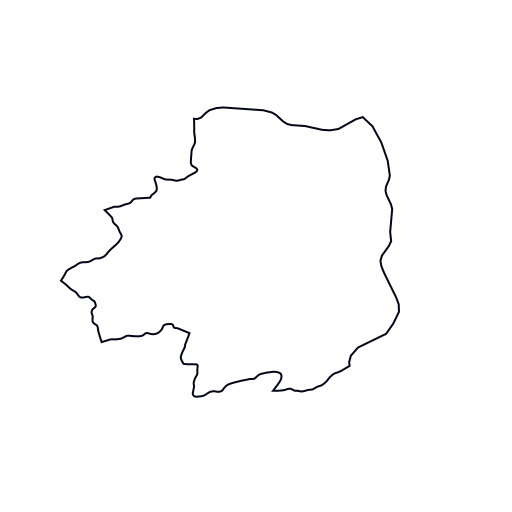 the border of Pirotski, rotated 319°
{"feature_id": "SRB-121", "entity_name": "Pirotski", "entity_type": "District", "adm_level": 1, "iso_a3": "SRB", "parent_name": "Republic of Serbia", "parent_adm1": "", "projection": "albers", "projection_center": [22.387, 43.137], "detail": "fine", "context": "isolated", "style": "outline", "palette": "ink", "viewbox_px": 512, "rotation_deg": 319, "n_neighbors": 0, "source": "natural_earth", "source_scale": "10m", "svg_char_len": 4642}
<svg xmlns="http://www.w3.org/2000/svg" viewBox="0 0 512 512"><g transform="rotate(319 256 256)"><path d="M299.2,111.7L301.5,114.1L305.3,115.5L312.8,115.1L316.7,115.5L323.2,118.4L325.2,119.9L328.6,122.3L357.1,150.8L362.1,158.1L363.6,162.5L364.8,172.4L366.1,176.7L368.6,180.4L378.2,190.0L388.8,204.3L394.4,209.8L401.5,214.2L421.0,218.3L427.7,221.2L428.3,227.6L429.0,234.5L425.0,252.7L417.8,270.7L409.7,283.2L406.5,285.6L399.8,288.8L396.4,291.9L394.5,295.7L391.7,305.7L389.6,309.9L373.0,325.9L367.7,333.5L362.5,335.7L351.4,338.3L346.8,341.2L344.0,345.8L341.6,352.7L334.6,379.2L332.3,385.3L332.0,386.1L327.3,391.9L315.2,397.1L303.1,400.1L273.0,392.0L262.1,393.5L256.6,397.3L254.6,400.3L254.3,400.3L247.7,399.1L245.9,398.8L242.9,398.0L241.5,397.5L238.3,396.2L236.8,395.9L235.2,395.8L232.1,395.9L227.4,396.8L225.9,396.9L222.9,396.9L221.4,396.7L220.0,396.4L216.8,395.0L215.6,394.7L211.9,394.0L211.0,393.7L210.2,393.2L208.1,391.7L207.3,391.2L204.5,389.9L202.3,388.7L200.7,387.3L199.3,385.3L197.2,383.5L196.6,382.5L195.3,379.4L194.7,378.5L194.0,378.0L192.6,377.1L190.1,376.1L188.8,375.4L187.7,374.7L183.5,371.6L180.5,368.9L187.6,367.4L192.1,366.2L194.0,365.4L195.1,364.6L196.1,363.8L196.8,362.8L197.3,361.8L197.4,360.8L197.0,359.7L196.5,358.6L195.9,357.6L194.8,356.3L192.8,354.5L188.4,351.6L187.3,350.8L182.4,348.3L181.3,347.8L180.2,347.6L178.9,347.5L175.8,347.6L175.0,347.6L173.9,347.3L172.9,346.7L170.7,344.8L167.2,342.9L164.2,341.1L156.4,337.1L152.6,335.4L150.9,334.8L149.4,334.5L147.9,334.5L146.3,334.6L144.8,334.8L142.4,335.4L141.3,335.3L140.3,334.9L139.2,334.3L137.8,333.2L136.0,330.9L135.0,330.0L133.9,329.3L132.4,328.5L130.9,328.1L126.1,327.4L124.2,326.8L123.1,326.2L119.9,324.0L118.8,323.2L117.9,322.3L117.4,321.2L117.3,320.2L117.5,319.2L118.0,318.3L123.5,314.0L124.3,312.9L125.2,311.5L126.0,310.6L126.7,310.1L129.4,308.5L130.4,308.0L133.5,307.0L134.2,306.6L135.1,305.8L136.9,303.5L139.7,300.9L140.1,300.4L140.3,299.8L140.3,299.4L139.8,298.6L135.8,294.9L133.3,292.8L130.7,290.1L130.6,289.2L131.7,284.9L132.1,284.0L132.7,283.2L133.4,282.5L135.7,281.1L138.4,279.8L141.4,278.6L142.6,277.9L144.7,276.2L151.2,272.8L155.2,270.6L149.7,259.6L149.0,258.6L147.6,257.1L147.2,256.3L147.2,255.9L148.0,253.6L148.0,252.8L147.6,252.0L147.1,251.4L144.6,249.4L143.5,248.7L142.5,248.2L141.3,247.9L140.7,247.9L139.5,248.3L136.9,249.5L135.4,249.8L133.8,249.9L132.3,249.9L130.8,249.6L129.2,248.9L127.5,247.9L126.5,247.1L125.6,246.0L123.4,242.8L122.7,242.2L122.0,241.9L121.3,241.8L119.8,241.8L118.7,241.7L117.8,241.5L117.0,241.1L115.9,240.5L113.9,238.9L111.1,236.3L108.3,233.3L107.0,232.0L106.2,231.6L105.3,231.2L101.7,230.4L100.5,230.0L99.5,229.6L95.8,227.2L92.3,224.1L91.5,223.5L83.0,219.7L85.2,214.6L87.7,209.2L89.8,206.0L90.2,204.9L90.3,203.9L89.4,199.9L89.5,198.9L89.9,197.9L90.6,197.1L92.6,195.0L93.3,194.3L93.7,193.4L94.4,191.5L94.8,190.8L95.6,190.0L96.9,189.3L98.0,189.0L100.6,189.1L101.3,189.0L102.0,188.8L102.7,188.1L103.2,187.2L104.0,185.2L104.3,184.2L104.3,183.8L103.5,181.8L103.4,181.0L103.2,178.5L103.1,177.7L102.9,177.0L102.1,176.2L99.3,174.5L97.7,173.5L96.8,172.6L96.2,171.6L96.0,170.6L96.0,169.5L96.3,166.7L96.3,165.6L96.1,164.4L94.7,160.1L94.4,158.6L93.7,152.2L92.6,146.7L97.6,145.2L101.9,143.6L103.5,143.1L104.7,143.1L105.5,143.2L108.8,143.8L112.9,144.8L116.7,145.2L118.0,145.5L119.8,146.2L120.9,146.9L124.5,149.8L125.6,150.5L127.4,151.2L131.1,151.9L132.8,152.4L133.9,153.1L136.2,155.0L137.0,155.4L139.4,156.3L140.6,156.6L141.8,156.7L144.4,156.6L147.3,156.0L150.4,155.7L158.5,155.6L160.1,155.5L161.6,155.3L165.6,154.2L166.4,153.8L167.2,153.3L167.8,152.6L168.3,151.7L169.0,148.2L170.5,144.0L170.7,142.8L170.7,141.7L170.3,138.9L170.3,137.8L170.4,136.7L170.9,135.5L172.2,133.4L172.4,132.6L172.5,131.8L172.4,128.8L171.9,122.1L180.8,125.6L181.7,126.1L183.8,128.0L185.3,129.0L187.1,129.8L190.4,130.9L194.4,132.9L196.2,133.4L197.3,133.3L199.7,132.9L200.7,132.9L202.4,133.5L203.2,133.9L205.3,135.6L214.5,142.6L215.0,142.3L216.0,141.9L217.2,141.6L221.0,141.8L222.3,141.7L223.2,141.5L224.0,141.2L225.1,140.4L226.1,139.1L227.6,136.5L229.6,131.8L230.1,131.0L230.7,130.7L231.3,130.5L232.3,130.6L232.9,130.8L233.5,131.3L234.6,132.7L235.5,134.2L237.3,137.9L238.4,139.4L242.4,143.1L244.6,146.2L246.1,147.7L249.4,149.2L252.0,150.8L252.8,151.0L256.8,151.3L258.0,151.5L265.1,153.1L266.2,153.2L266.9,153.1L267.6,152.9L268.3,152.3L268.5,151.7L268.5,150.9L268.3,149.9L267.2,146.6L267.0,145.8L267.1,144.7L267.6,143.5L268.5,142.3L270.7,140.0L276.6,134.2L278.2,133.2L282.9,131.2L283.8,130.7L284.8,129.9L285.7,129.0L287.8,126.2L289.5,123.5L291.2,121.2L293.1,119.2L296.0,115.7L296.4,115.4L299.2,111.7L299.2,111.7Z" fill="none" stroke="#020617" stroke-width="2"/></g></svg>